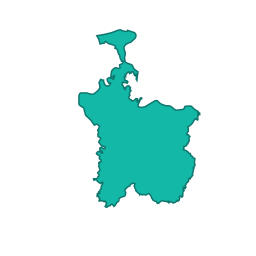 outline of Huong Tra, Thừa Thiên - Huế, Vietnam, rotated 315°
{"feature_id": "81297802B61752422174773", "entity_name": "Huong Tra", "entity_type": "district", "adm_level": 2, "iso_a3": "VNM", "parent_name": "Vietnam", "parent_adm1": "Thừa Thiên - Huế", "projection": "albers", "projection_center": [107.492, 16.429], "detail": "fine", "context": "isolated", "style": "filled", "palette": "teal", "viewbox_px": 256, "rotation_deg": 315, "n_neighbors": 0, "source": "geoboundaries", "source_scale": "gbopen_adm2", "svg_char_len": 5867}
<svg xmlns="http://www.w3.org/2000/svg" viewBox="0 0 256 256"><g transform="rotate(315 128 128)"><path d="M136.3,207.9L137.0,207.3L138.2,207.5L140.6,207.1L140.8,206.1L142.6,205.3L144.1,204.1L145.5,203.6L145.9,202.9L145.8,202.3L147.1,202.4L149.2,201.6L149.3,201.0L149.8,200.7L150.6,199.3L153.7,196.9L153.0,195.3L153.4,193.9L153.3,193.1L152.9,192.5L153.1,191.6L153.7,190.9L153.9,189.7L153.1,189.0L153.5,187.3L153.2,186.4L153.3,185.6L152.5,183.8L151.8,182.8L152.0,182.3L153.2,182.0L154.3,180.6L156.2,181.7L156.9,181.8L158.3,181.0L159.0,181.5L159.5,181.3L160.6,180.5L161.5,180.8L162.9,179.6L164.0,178.0L165.7,177.9L165.8,175.4L165.0,174.2L165.2,173.7L168.6,172.8L170.6,170.4L170.7,169.6L173.8,170.1L176.4,170.2L181.9,169.0L182.9,171.6L183.2,171.6L183.7,170.4L184.2,170.6L184.8,169.6L185.7,169.1L185.9,168.7L186.5,169.0L186.9,168.2L187.3,168.5L187.7,167.8L188.4,168.2L188.5,168.9L189.2,168.2L188.9,167.8L189.0,167.2L188.1,167.3L188.2,166.4L188.9,166.2L189.3,165.5L188.8,164.6L188.2,161.3L188.2,157.4L186.4,155.3L183.7,153.1L183.2,153.1L181.4,153.9L180.4,153.9L176.1,150.8L174.6,149.3L174.1,147.8L173.5,142.7L172.5,141.2L170.3,138.7L168.6,135.2L168.0,132.7L168.1,129.5L166.8,128.1L165.9,127.7L154.9,125.0L152.0,122.9L150.5,120.8L150.5,119.6L151.4,118.8L156.1,116.9L157.5,116.7L158.6,116.9L158.9,116.3L158.4,115.7L157.7,115.6L155.7,116.5L153.5,116.6L152.9,115.7L153.3,115.3L153.9,115.5L154.1,114.9L154.7,115.1L155.4,114.1L154.4,112.8L152.0,112.9L150.6,112.1L150.3,111.4L149.8,111.3L150.1,110.1L149.5,108.1L150.2,106.7L152.4,106.3L152.5,105.4L153.2,105.2L154.0,104.1L156.6,103.7L156.6,101.9L157.8,101.6L158.4,101.1L158.2,99.9L158.5,98.8L156.5,97.5L155.1,98.0L153.5,97.9L153.2,98.5L153.1,98.3L153.0,97.7L153.5,96.9L153.9,96.8L153.6,96.5L154.4,94.6L154.3,93.6L154.5,93.0L155.4,92.9L156.1,92.1L156.2,91.6L156.5,91.6L159.3,95.8L160.6,95.2L160.2,94.2L160.6,94.0L159.5,92.0L160.6,91.1L160.5,90.6L161.6,89.2L162.7,90.2L163.4,88.5L163.7,88.9L166.6,88.4L168.3,88.8L167.7,90.6L168.4,90.5L169.0,91.4L169.9,91.3L169.9,90.7L170.1,90.6L170.6,91.2L171.3,91.5L171.4,92.6L170.7,93.2L170.8,94.7L169.9,94.9L170.0,96.2L172.2,95.9L172.4,96.2L168.2,99.4L167.9,100.6L174.8,95.3L174.1,92.0L174.2,89.7L175.3,86.8L175.3,85.8L173.2,81.4L172.8,79.2L175.1,75.9L177.8,74.2L179.2,72.9L181.3,69.0L182.1,68.2L183.3,67.6L185.3,67.4L188.0,68.0L190.6,69.3L196.1,69.6L198.1,69.0L199.4,67.8L199.9,66.8L200.0,65.2L196.8,58.7L196.0,59.1L193.9,57.4L193.7,56.6L192.7,55.3L192.4,53.7L190.9,52.2L183.8,49.0L177.4,45.1L171.2,40.7L170.2,44.4L167.7,48.8L171.4,51.2L173.2,50.8L174.0,54.7L176.5,59.2L176.9,61.4L176.3,61.9L175.2,62.2L175.8,64.1L175.7,65.2L173.6,69.1L173.7,70.1L171.5,73.8L171.6,74.8L170.7,75.7L170.7,76.2L171.8,77.0L171.7,77.8L169.3,78.4L166.8,77.4L166.4,77.6L165.2,79.6L164.6,79.9L163.6,79.5L162.2,77.0L161.1,76.2L159.7,75.9L156.7,76.1L152.2,79.5L152.3,80.4L152.6,80.8L153.3,81.2L155.0,81.0L155.5,81.5L152.9,82.9L151.7,83.0L151.8,81.6L151.1,79.8L149.3,78.7L148.0,78.6L147.3,79.2L146.9,80.1L146.1,82.7L146.3,83.1L147.4,83.3L147.6,83.9L146.7,84.6L145.4,84.7L143.4,84.1L142.9,83.7L142.4,82.6L142.3,81.6L142.5,80.2L143.6,77.9L144.6,76.8L143.5,75.8L143.4,74.7L143.1,74.3L139.6,75.4L138.1,77.9L136.4,79.8L133.1,80.3L130.4,80.1L127.6,79.6L126.5,78.8L125.7,77.8L123.4,73.8L119.4,69.8L117.8,69.6L116.0,70.6L110.2,76.4L109.9,77.1L110.0,78.8L110.9,82.5L110.7,83.2L109.7,84.3L108.0,87.6L107.3,88.3L107.1,89.3L107.2,96.4L106.2,102.2L108.7,103.1L109.2,106.6L106.5,107.8L105.3,107.9L104.9,108.2L104.3,110.1L102.2,111.2L100.8,112.8L101.6,115.6L100.4,116.5L98.6,116.7L97.2,117.4L96.8,121.7L98.5,125.4L97.6,126.3L96.7,126.1L96.1,125.3L95.6,122.9L94.7,122.3L93.8,122.4L93.0,123.1L92.5,124.8L93.0,125.6L93.1,126.6L92.7,127.6L92.1,127.7L91.5,127.2L91.4,125.6L91.6,124.4L89.8,123.4L87.9,123.6L87.6,123.7L87.4,124.7L88.1,127.7L87.7,128.5L86.7,128.6L85.9,129.9L86.4,131.6L84.7,132.8L84.1,132.7L84.0,132.1L82.8,131.8L81.1,133.9L80.2,134.4L78.6,137.9L76.2,138.3L75.0,138.1L74.6,138.8L74.4,140.7L74.1,141.1L73.5,141.4L72.5,141.1L71.4,141.9L70.1,141.6L68.6,140.5L67.9,139.6L67.5,139.6L67.1,140.2L67.1,141.0L68.4,141.3L68.8,142.2L68.8,145.6L69.4,148.0L70.1,148.1L70.7,147.7L71.1,147.8L71.6,148.4L71.6,148.9L70.6,149.6L68.1,150.2L67.9,150.8L66.9,151.1L65.7,152.1L64.5,152.0L63.6,152.7L62.2,152.4L61.9,153.1L62.1,153.6L61.8,154.3L61.1,154.1L60.7,152.9L59.7,152.8L59.1,153.4L59.2,153.9L58.1,154.1L57.7,154.6L58.0,155.0L58.9,155.3L58.3,156.8L58.5,157.6L57.5,157.8L57.4,158.7L56.0,159.0L56.2,159.6L57.0,159.9L58.7,161.6L58.9,163.0L59.8,163.1L60.1,163.3L59.7,164.2L60.1,165.3L59.9,165.8L58.3,166.5L58.0,167.2L56.3,167.3L56.4,168.1L56.9,169.0L57.4,169.2L59.0,169.3L60.2,170.2L62.4,170.2L62.7,170.4L63.0,171.3L62.6,173.5L64.2,173.6L67.4,172.8L69.9,173.1L71.5,171.7L73.8,171.9L77.0,173.6L78.4,173.7L80.6,172.2L81.4,170.1L83.2,169.3L86.4,169.5L88.5,170.2L90.2,169.6L93.2,171.1L93.4,172.5L91.6,173.2L91.1,173.8L90.0,176.8L89.2,178.0L89.2,181.5L89.5,182.3L89.0,183.6L90.4,183.9L90.8,185.4L91.8,185.9L93.3,188.0L95.6,188.6L96.1,189.1L96.4,189.9L96.3,192.4L95.1,194.4L95.2,195.5L94.7,196.3L95.1,197.5L95.1,198.6L96.0,199.8L96.0,200.6L95.5,201.6L95.6,202.3L96.5,202.9L98.7,202.9L100.4,203.5L100.9,203.9L101.7,204.7L102.0,205.8L103.2,207.0L103.6,208.1L104.6,208.1L104.0,209.0L104.0,209.3L104.6,209.5L104.3,210.0L104.8,210.1L105.5,209.7L106.7,210.9L106.5,211.8L107.0,213.1L109.3,214.1L110.2,214.0L110.6,214.2L111.4,213.9L111.6,214.8L111.9,214.5L112.9,215.3L115.0,214.1L115.5,213.0L116.1,212.8L117.0,213.4L117.1,214.8L117.7,215.1L118.4,214.9L118.6,214.2L119.2,214.3L119.6,213.6L120.2,213.5L120.8,212.7L122.1,211.8L123.3,212.0L123.3,211.0L123.9,210.1L125.1,211.1L125.7,211.1L125.8,210.6L125.2,209.7L125.4,209.1L126.0,209.7L126.4,210.8L127.0,210.9L127.9,209.1L128.4,208.8L129.2,208.9L130.3,208.3L131.2,208.5L132.2,208.1L132.8,208.6L134.1,207.7L134.6,207.0L135.3,207.3L136.0,206.9L136.3,207.9Z" fill="#14b8a6" stroke="#0f766e" stroke-width="1.5"/></g></svg>